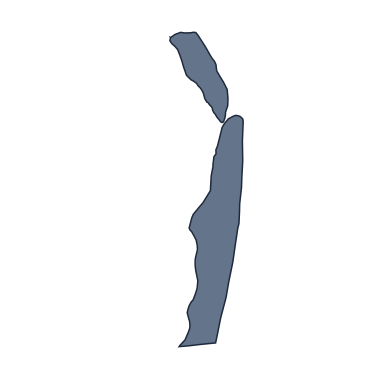 Matagi, Tuvalu, rotated 28°
{"feature_id": "33948139B5264150563840", "entity_name": "Matagi", "entity_type": "district", "adm_level": 2, "iso_a3": "TUV", "parent_name": "Tuvalu", "parent_adm1": "", "projection": "equal_earth", "projection_center": [176.119, -5.669], "detail": "fine", "context": "isolated", "style": "filled", "palette": "slate", "viewbox_px": 384, "rotation_deg": 28, "n_neighbors": 0, "source": "geoboundaries", "source_scale": "gbopen_adm2", "svg_char_len": 1765}
<svg xmlns="http://www.w3.org/2000/svg" viewBox="0 0 384 384"><g transform="rotate(28 192 192)"><path d="M253.3,333.4L253.2,334.6L261.4,329.3L271.8,322.1L283.7,314.2L281.6,306.9L276.4,289.6L271.6,269.2L266.9,254.9L260.9,234.6L255.7,220.2L249.5,202.7L248.3,197.9L243.5,187.7L239.6,179.9L233.6,164.8L229.2,155.8L222.3,140.9L212.4,123.0L204.3,106.1L202.7,103.8L200.8,103.1L198.7,102.7L196.7,103.1L194.8,103.7L193.0,105.5L191.1,108.4L189.8,110.2L189.2,113.0L188.5,116.4L188.3,120.8L190.2,128.5L192.9,139.4L193.3,143.5L195.3,147.1L194.8,150.5L197.6,157.9L198.5,159.4L201.5,169.1L203.0,172.2L207.6,182.2L206.7,196.4L205.4,202.1L204.2,208.2L203.6,211.2L204.0,215.2L206.4,225.2L208.3,226.6L210.1,227.1L214.1,229.6L218.2,232.5L221.5,236.4L223.8,240.2L226.1,248.9L227.2,251.6L229.4,255.6L232.3,259.8L238.7,267.5L240.4,271.4L241.8,274.9L242.9,280.8L243.6,286.8L242.9,289.6L242.9,293.9L243.4,296.8L244.4,300.8L247.1,303.8L250.7,307.5L252.7,310.6L253.9,313.1L254.5,316.5L255.3,325.8L253.3,333.4ZM100.6,65.7L100.3,65.7L100.6,66.0L101.5,68.9L104.6,70.5L108.4,71.4L112.5,73.0L117.0,76.9L121.2,80.7L125.8,85.5L132.3,91.5L135.8,92.6L138.5,93.4L141.5,93.4L145.1,93.9L147.1,95.2L150.6,96.3L153.4,97.8L155.7,99.5L159.5,103.6L159.9,103.9L161.4,104.7L163.0,105.7L163.5,105.5L164.3,105.6L166.2,106.6L168.1,107.3L169.3,107.6L170.6,108.4L171.5,109.8L172.8,110.8L174.4,111.9L175.7,112.2L178.4,113.9L179.8,114.6L181.7,115.3L183.9,116.4L185.5,116.7L186.5,116.1L186.8,114.5L186.5,112.6L186.2,110.7L185.1,107.7L184.2,106.0L183.0,99.0L179.9,92.6L174.9,84.9L168.0,80.1L163.0,77.2L156.9,73.4L153.3,68.2L150.4,66.0L147.8,65.0L144.5,63.1L136.0,57.7L124.1,51.0L120.5,49.4L118.2,50.3L116.3,51.9L111.3,54.8L107.0,56.4L103.0,60.9L100.6,65.7Z" fill="#64748b" stroke="#1e293b" stroke-width="1.5"/></g></svg>